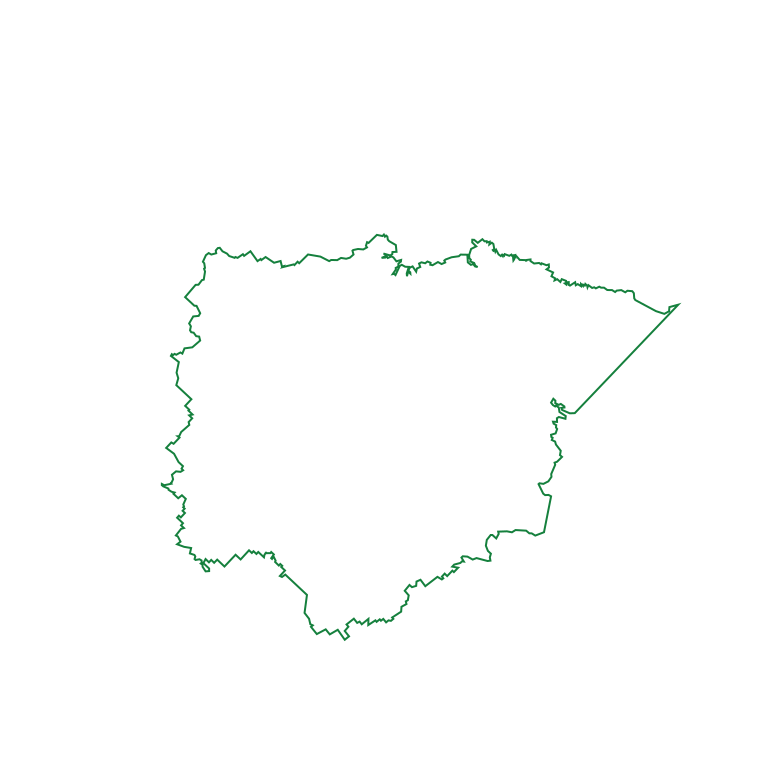 Murrindindi, Victoria, Australia (Mercator projection), rotated 313°
{"feature_id": "25037944B67422185849488", "entity_name": "Murrindindi", "entity_type": "district", "adm_level": 2, "iso_a3": "AUS", "parent_name": "Australia", "parent_adm1": "Victoria", "projection": "mercator", "projection_center": [145.689, -37.281], "detail": "fine", "context": "isolated", "style": "outline", "palette": "green", "viewbox_px": 768, "rotation_deg": 313, "n_neighbors": 0, "source": "geoboundaries", "source_scale": "gbopen_adm2", "svg_char_len": 6166}
<svg xmlns="http://www.w3.org/2000/svg" viewBox="0 0 768 768"><g transform="rotate(313 384 384)"><path d="M371.6,171.0L370.1,169.8L366.9,169.9L365.2,172.1L360.9,169.4L360.2,166.5L356.8,165.9L349.9,168.2L349.7,170.2L346.8,173.9L345.6,173.8L344.2,176.4L337.4,181.0L335.8,180.0L330.1,180.6L328.0,178.6L311.9,179.3L311.9,191.9L313.3,193.6L310.4,201.3L307.4,202.0L303.3,198.4L295.4,200.2L294.5,203.4L291.0,205.5L290.4,207.7L291.7,209.8L290.9,214.0L292.6,216.5L290.4,219.9L280.1,218.8L274.0,213.8L268.7,215.8L268.2,213.6L263.7,212.1L263.2,210.3L261.2,210.0L261.1,208.5L259.2,209.0L260.1,219.0L250.8,224.6L247.9,229.6L241.5,232.9L241.5,253.5L232.4,253.5L232.4,259.1L231.2,259.1L231.1,264.8L228.2,262.9L228.1,267.1L222.9,267.1L221.3,269.5L210.6,268.4L206.2,269.8L205.1,268.8L205.3,271.0L196.8,270.9L196.2,268.3L188.7,268.3L189.8,278.0L186.8,287.0L186.8,293.0L184.0,293.7L183.9,295.9L181.0,295.1L178.3,291.5L173.0,290.8L170.5,294.7L166.4,296.1L165.9,294.9L165.9,296.4L160.1,292.3L159.4,289.7L158.5,290.5L158.6,292.4L160.5,297.6L159.7,298.6L160.3,302.1L161.8,304.9L160.1,304.9L160.1,311.4L164.8,312.1L164.8,317.4L159.0,319.4L158.1,321.2L156.9,321.2L156.9,323.2L153.9,323.2L153.9,326.4L147.9,326.4L147.8,323.8L145.1,323.9L145.1,331.9L142.2,332.0L142.2,335.9L139.6,334.4L131.3,335.1L131.9,337.2L129.9,342.7L125.7,342.0L128.6,348.9L132.5,354.8L127.7,357.6L129.7,361.9L129.2,363.6L126.8,364.8L126.8,366.2L130.0,368.6L130.5,370.9L129.2,372.5L127.7,372.4L128.1,374.4L126.6,376.0L125.3,381.3L127.9,383.7L129.8,381.9L129.8,374.1L134.3,372.9L134.2,377.6L137.5,377.6L137.4,381.7L141.8,381.8L141.7,391.8L157.9,391.9L157.9,398.8L170.3,398.7L170.3,402.6L172.7,402.6L172.7,406.6L175.4,406.6L175.4,414.4L177.5,413.1L179.7,412.7L181.1,412.8L179.6,412.9L182.9,416.3L184.2,416.1L184.2,419.7L179.7,420.3L179.7,421.4L182.5,420.9L180.9,425.2L179.6,425.7L179.5,430.9L181.6,430.9L181.6,433.6L180.1,433.6L180.1,438.8L172.6,438.8L173.3,441.0L177.3,441.8L177.2,471.5L162.4,482.0L161.2,489.3L158.1,493.9L158.9,496.5L156.6,496.2L155.3,505.4L164.8,508.7L163.9,515.1L172.7,517.8L170.2,529.7L175.6,530.5L176.6,523.7L182.2,523.5L182.6,520.6L191.8,522.0L191.0,527.3L193.6,528.2L193.1,531.6L201.6,532.8L197.0,536.9L205.3,538.9L205.0,540.8L209.0,541.4L208.8,543.2L211.7,543.7L211.1,548.1L214.2,548.5L215.5,550.6L218.6,551.0L218.8,549.2L229.2,551.8L233.0,548.7L238.4,550.5L239.9,548.2L242.1,548.9L246.3,546.2L246.9,540.2L254.4,539.7L254.5,543.0L258.3,545.2L261.7,542.5L265.7,544.2L264.3,552.1L279.4,554.6L280.5,559.6L282.3,559.9L282.7,557.7L286.7,557.7L286.6,561.2L294.1,561.3L294.1,563.4L300.2,563.5L297.0,558.5L299.8,558.5L305.2,561.9L307.5,562.0L308.6,563.5L309.9,559.0L311.7,559.1L314.7,562.8L316.1,568.6L319.8,570.4L325.2,580.5L327.4,582.3L329.4,579.6L332.8,577.9L332.8,573.8L335.2,568.8L340.1,565.5L346.3,565.0L347.5,566.3L347.6,571.4L352.6,570.1L353.9,568.2L360.1,574.4L362.8,578.7L366.9,579.8L373.7,588.0L373.9,592.1L375.5,593.9L376.3,598.0L384.7,602.1L415.8,582.8L415.1,580.0L412.6,577.6L412.4,575.2L416.2,565.3L417.4,565.4L419.7,568.7L424.9,570.6L430.3,569.8L432.2,567.7L441.7,564.3L442.8,562.4L445.2,563.6L452.1,563.9L452.0,561.2L455.7,558.8L457.0,551.0L458.6,548.4L457.5,544.9L459.7,544.0L459.4,542.5L460.8,540.8L464.9,543.2L469.2,541.3L469.5,539.4L471.4,538.0L470.7,535.1L471.7,533.3L474.3,536.4L476.9,533.8L479.1,534.4L482.3,540.4L484.5,538.8L483.2,531.4L486.0,527.9L485.5,524.5L484.3,524.5L483.8,521.9L484.3,518.9L488.7,517.9L488.7,520.7L486.8,522.3L487.9,526.0L490.0,526.9L490.6,531.2L489.9,532.0L487.4,530.0L486.5,532.0L489.3,539.9L492.8,543.4L642.7,545.1L634.9,540.3L631.6,542.9L626.5,541.2L622.8,533.3L616.8,510.6L617.3,508.6L620.8,504.8L621.2,502.3L618.2,498.4L615.6,497.9L614.5,493.5L611.0,490.5L608.9,490.3L608.2,486.7L605.0,483.2L604.5,479.2L602.5,477.1L602.0,475.1L598.4,473.7L598.1,471.8L596.2,470.7L595.7,466.1L593.5,466.9L594.5,465.4L594.5,463.0L592.9,463.7L592.5,462.0L591.4,462.7L591.5,459.9L589.9,461.4L589.2,457.6L587.0,456.9L588.8,454.4L582.8,452.9L582.5,451.6L584.5,449.6L583.5,448.7L581.1,449.7L580.9,447.6L582.3,448.3L583.6,446.8L581.9,442.5L578.9,443.4L578.8,439.2L576.1,438.1L578.0,437.1L577.0,433.0L580.9,431.6L578.7,424.7L581.7,425.2L583.8,423.0L581.7,421.8L579.7,416.9L578.6,417.2L578.3,414.9L574.5,411.6L573.8,407.3L575.0,406.2L571.7,403.5L570.8,404.6L571.2,403.1L567.3,398.6L567.8,393.8L566.8,393.4L568.0,392.1L567.1,391.5L566.3,392.8L566.2,391.8L564.0,394.2L562.6,394.4L565.9,390.6L565.1,390.1L565.5,388.9L563.2,388.2L561.3,383.7L559.7,384.4L559.5,383.0L558.5,383.6L558.7,382.1L557.2,382.1L556.9,379.4L558.6,374.6L556.7,375.2L557.5,373.8L556.0,373.3L556.2,372.2L557.9,372.6L561.0,368.5L560.9,366.5L557.9,365.9L560.2,364.3L557.7,362.7L558.5,361.7L556.9,360.2L557.0,357.2L551.2,356.3L550.9,351.5L549.7,350.2L547.7,352.0L547.6,357.6L542.2,355.6L536.4,358.3L534.2,360.6L534.1,362.7L532.5,363.5L534.0,367.4L532.8,370.1L533.4,372.7L532.1,370.5L532.5,367.4L530.4,366.3L530.1,362.4L535.4,356.8L530.9,351.8L528.5,351.6L522.8,347.0L517.0,344.1L515.4,343.9L514.6,345.9L511.0,344.3L510.0,340.3L504.0,338.5L502.8,336.5L504.4,335.4L503.2,332.2L500.4,331.8L498.5,328.4L496.0,327.5L494.3,330.7L490.9,329.3L488.1,330.9L489.5,324.7L486.7,323.5L483.6,324.4L483.6,327.0L482.7,328.0L482.7,325.0L478.5,327.3L480.4,325.2L486.6,322.3L484.2,319.5L483.3,315.7L481.1,315.0L471.5,318.1L471.5,316.3L470.3,315.4L475.8,314.6L476.9,313.4L479.6,314.4L481.9,312.4L485.0,312.9L486.4,311.9L482.2,309.4L483.0,304.5L482.4,302.5L478.7,300.8L479.2,299.1L477.4,298.8L474.6,296.2L478.6,298.0L479.7,296.5L479.0,294.6L482.3,300.9L484.6,301.5L486.3,300.2L489.2,303.0L493.7,297.9L492.0,290.4L492.2,288.3L494.1,285.9L494.0,284.3L492.4,284.2L493.2,282.0L491.2,282.0L488.2,277.1L476.7,276.5L476.2,274.9L472.8,276.5L472.3,278.4L468.3,277.1L465.0,272.9L461.0,270.1L460.0,270.0L457.9,273.4L453.1,272.9L449.8,270.9L446.9,266.6L442.7,265.3L438.7,260.8L436.5,260.1L433.8,250.6L426.9,240.1L414.5,239.6L414.5,237.4L409.9,237.4L409.9,236.4L400.2,230.1L401.4,230.0L400.3,229.3L403.4,224.5L397.7,220.9L396.1,210.8L391.0,209.8L391.3,208.5L387.6,207.7L390.0,195.8L382.3,194.3L382.7,192.3L376.4,190.9L375.5,188.7L374.4,188.7L372.0,183.5L372.3,180.3L370.9,175.4L371.6,171.0Z" fill="none" stroke="#15803d" stroke-width="2"/></g></svg>